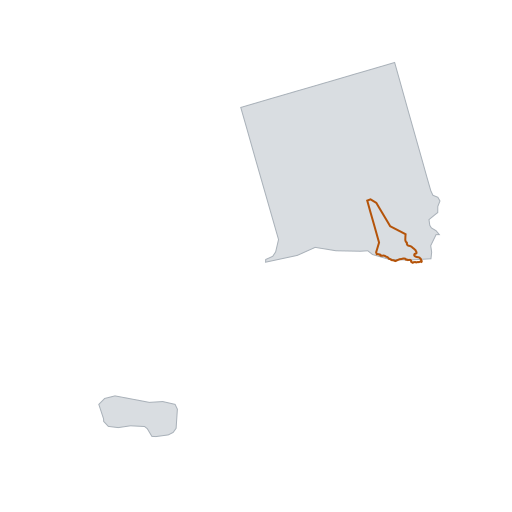 Bitica, Litoral, Equatorial Guinea (highlighted), rotated 254°
{"feature_id": "11065452B13026737962858", "entity_name": "Bitica", "entity_type": "district", "adm_level": 2, "iso_a3": "GNQ", "parent_name": "Equatorial Guinea", "parent_adm1": "Litoral", "projection": "equal_earth", "projection_center": [9.489, 1.359], "detail": "fine", "context": "in_parent", "style": "outline", "palette": "amber", "viewbox_px": 512, "rotation_deg": 254, "n_neighbors": 0, "source": "geoboundaries", "source_scale": "gbopen_adm2", "svg_char_len": 4588}
<svg xmlns="http://www.w3.org/2000/svg" viewBox="0 0 512 512"><g transform="rotate(254 256 256)"><path d="M403.0,282.3L403.2,314.0L403.3,340.9L403.4,370.0L403.6,400.3L403.7,425.9L403.8,442.6L382.9,442.5L355.2,442.3L327.5,442.2L299.8,442.1L285.9,442.0L270.6,442.0L265.6,442.8L262.3,447.0L258.2,448.0L253.5,444.4L247.7,442.7L246.2,439.0L243.3,432.3L237.6,431.5L234.7,432.3L230.6,436.1L226.0,438.1L226.9,435.0L217.8,426.8L211.2,425.9L205.1,423.4L210.0,401.8L216.2,382.8L225.3,368.4L230.2,364.9L231.8,357.7L239.0,334.3L248.0,315.2L245.2,295.9L247.4,263.5L250.0,264.4L250.4,267.4L251.1,272.0L254.5,276.0L265.6,282.2L299.0,282.2L318.8,282.2L348.3,282.2L379.4,282.3L403.0,282.3ZM138.9,64.0L141.5,64.6L156.7,64.0L160.8,71.3L160.4,81.9L144.7,113.1L141.8,126.2L135.7,137.3L130.4,138.2L112.4,131.7L109.3,127.8L108.2,122.4L110.0,110.0L111.3,106.2L120.0,103.9L122.8,101.9L127.4,88.5L129.0,76.3L132.9,67.1L138.9,64.0Z" fill="#d9dde1" stroke="#a8b0b8" stroke-width="1"/><path d="M278.6,378.2L267.7,378.1L263.0,378.1L262.9,378.1L253.1,378.1L252.9,378.1L235.0,378.0L228.6,373.9L226.5,372.5L224.5,372.6L224.5,372.8L224.4,373.1L224.3,373.4L224.2,373.8L223.9,374.0L223.8,374.3L223.7,374.5L223.6,374.8L223.5,375.1L223.4,375.2L223.3,375.4L223.3,375.5L223.2,375.6L223.0,375.8L222.9,375.9L222.7,375.8L222.4,375.9L222.2,376.0L222.1,375.9L222.0,376.0L221.9,376.0L221.8,376.3L221.7,376.4L221.7,376.5L221.6,376.9L221.6,377.0L221.5,377.3L221.4,377.5L221.4,377.8L221.4,378.0L221.3,378.4L221.3,378.5L221.3,378.8L221.2,378.9L221.1,379.0L221.0,379.3L220.9,379.4L220.8,379.5L220.7,379.6L220.5,379.9L220.5,380.0L220.4,380.1L220.2,380.3L219.9,380.5L219.7,380.6L219.5,380.8L219.4,381.0L219.2,381.3L219.1,381.5L218.9,381.8L218.7,382.0L218.4,382.1L218.3,382.3L218.1,382.4L218.0,382.5L217.9,382.6L217.6,382.7L217.5,382.8L217.4,382.8L217.2,382.9L217.1,383.0L216.9,383.1L216.7,383.2L216.5,383.3L216.4,383.3L216.3,383.6L216.2,383.9L216.1,384.0L215.9,384.3L215.8,384.5L215.6,384.6L215.4,384.8L215.2,384.8L215.0,385.0L214.9,385.0L214.7,385.2L214.7,385.3L214.6,385.5L214.4,385.8L214.4,386.1L214.3,386.3L214.2,386.4L214.1,386.6L214.0,386.9L214.0,387.0L213.9,387.1L213.8,387.3L213.7,387.4L213.6,387.5L213.4,387.8L213.2,387.8L213.1,388.0L213.0,388.3L212.9,388.4L212.9,388.5L212.7,388.7L212.7,388.9L212.7,389.0L212.8,389.1L212.8,389.4L212.9,389.7L212.9,389.8L213.0,390.0L213.0,390.3L213.0,390.5L213.0,390.8L213.0,391.0L213.1,391.3L213.1,391.5L213.2,391.9L213.2,392.1L213.2,392.3L213.2,392.5L213.2,392.9L213.3,393.0L213.3,393.3L213.3,393.5L213.2,393.6L213.2,393.9L213.2,394.1L213.1,394.3L213.0,394.5L213.0,394.9L213.0,395.1L213.0,395.3L213.0,395.5L213.0,395.9L213.0,396.1L213.0,396.4L213.0,396.6L213.0,396.8L212.9,397.1L212.8,397.4L212.8,397.6L212.7,397.8L212.6,398.0L212.5,398.3L212.4,398.4L212.3,398.6L212.2,398.7L212.1,398.9L212.0,399.0L211.8,399.1L211.6,399.2L211.4,399.2L211.2,399.1L211.0,399.3L211.0,399.5L210.9,399.8L210.8,400.1L210.7,400.2L210.7,400.5L210.4,400.7L210.3,400.8L210.2,400.9L210.2,401.0L210.2,401.4L210.1,401.6L210.1,401.8L210.1,402.0L210.0,402.3L209.9,402.5L209.8,402.8L209.8,403.0L209.7,403.1L209.6,403.3L209.4,403.5L209.2,403.6L208.9,403.7L208.8,403.8L208.6,403.7L208.3,403.6L208.2,403.6L207.9,403.6L207.7,403.6L207.4,403.7L207.4,403.8L207.3,404.0L207.2,404.1L206.9,404.2L206.8,404.4L206.8,404.5L206.7,404.6L206.4,404.7L206.3,404.8L206.4,405.0L206.4,405.4L206.5,405.5L206.5,405.9L206.5,406.0L206.6,406.3L206.5,406.5L206.4,406.6L206.4,406.8L206.3,407.1L206.3,407.4L206.2,407.5L206.0,407.8L205.9,407.9L205.9,408.0L205.7,408.1L205.6,408.4L205.6,408.6L205.6,408.9L205.6,409.1L205.6,409.3L205.6,409.5L205.6,409.9L205.6,410.0L205.4,410.3L205.3,410.6L205.2,410.8L205.2,411.1L205.3,411.3L205.3,411.5L205.3,411.8L205.3,412.1L205.3,412.3L205.3,412.6L205.2,412.7L205.2,412.8L205.1,413.0L204.8,413.2L204.7,413.3L204.9,413.7L205.2,413.8L205.5,413.9L205.9,413.6L206.3,413.6L206.6,413.6L207.3,413.7L208.2,413.4L208.6,413.0L209.3,412.8L209.7,412.3L210.2,411.4L210.5,410.7L211.0,409.8L211.6,409.1L212.3,408.5L213.0,408.3L213.4,408.4L213.8,408.6L214.3,409.1L214.3,409.3L214.2,409.4L214.2,409.6L214.2,409.9L214.2,410.0L214.3,410.4L214.3,410.5L214.5,411.0L214.8,411.1L215.0,411.1L215.3,411.3L215.5,411.3L215.6,411.2L215.8,411.2L216.0,411.2L216.3,411.2L216.5,411.1L217.7,410.9L218.6,410.3L219.5,409.8L220.5,409.0L221.7,408.3L222.5,407.6L222.9,407.1L223.3,406.5L224.0,405.2L224.7,404.6L225.6,404.4L226.1,404.3L226.6,404.6L226.9,404.7L227.5,404.6L228.1,404.1L228.9,403.9L230.2,403.9L233.3,404.9L235.7,405.8L247.6,393.2L253.4,391.7L267.7,387.9L273.9,386.3L278.9,381.7L278.6,378.2Z" fill="none" stroke="#b45309" stroke-width="2"/></g></svg>